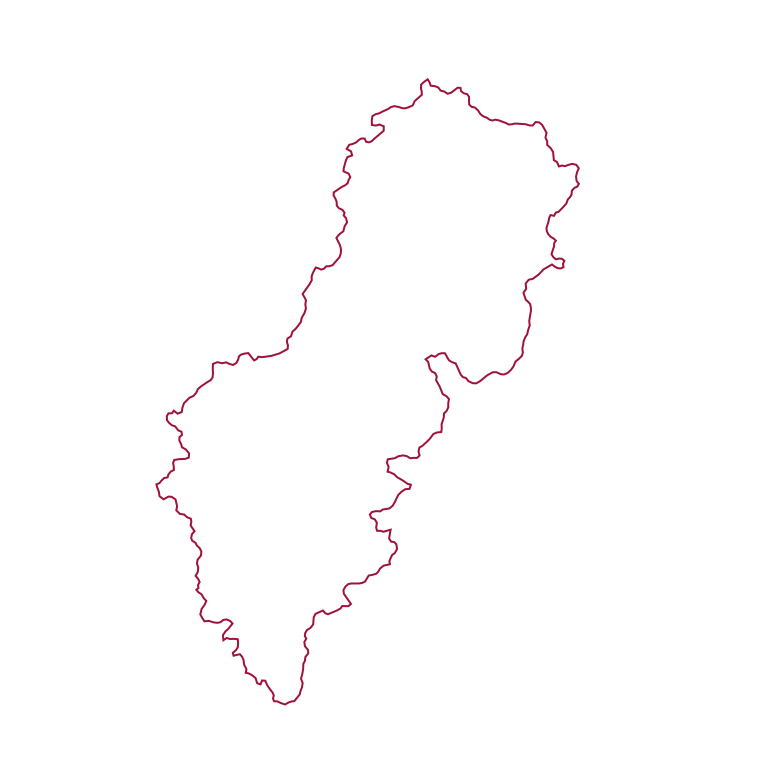 outline of Itambacuri, Minas Gerais, Brazil, rotated 344°
{"feature_id": "56859067B80184588118142", "entity_name": "Itambacuri", "entity_type": "district", "adm_level": 2, "iso_a3": "BRA", "parent_name": "Brazil", "parent_adm1": "Minas Gerais", "projection": "orthographic", "projection_center": [-41.849, -18.177], "detail": "fine", "context": "isolated", "style": "outline", "palette": "rose", "viewbox_px": 768, "rotation_deg": 344, "n_neighbors": 0, "source": "geoboundaries", "source_scale": "gbopen_adm2", "svg_char_len": 6166}
<svg xmlns="http://www.w3.org/2000/svg" viewBox="0 0 768 768"><g transform="rotate(344 384 384)"><path d="M159.1,466.7L161.3,473.3L158.1,475.3L156.2,478.8L156.4,481.7L159.0,484.7L159.6,487.7L161.5,490.8L162.3,494.5L160.8,498.4L156.3,501.6L154.7,505.1L154.9,509.3L153.1,513.5L150.0,516.5L151.6,520.1L152.2,523.5L149.8,526.0L149.4,529.0L146.9,530.1L148.3,533.2L150.7,535.9L151.7,540.3L153.4,543.6L150.7,546.8L146.7,549.9L143.9,554.9L144.9,559.0L145.9,562.6L150.3,563.4L154.5,566.2L158.2,567.7L161.2,567.9L164.5,566.5L167.8,566.9L170.9,569.5L172.4,572.5L166.6,576.6L163.7,577.9L160.0,581.0L159.0,586.0L162.7,584.8L165.8,586.7L169.5,587.6L173.1,589.0L172.3,593.2L170.9,596.7L168.5,599.0L164.6,600.7L164.5,603.7L171.0,604.0L172.4,607.0L172.9,610.4L172.2,615.4L173.2,620.1L171.5,623.5L174.0,624.8L176.8,627.4L179.5,631.2L179.6,636.7L182.5,638.7L185.0,635.4L188.1,636.5L188.7,641.2L190.2,645.9L191.9,650.1L192.2,653.1L190.6,655.8L190.9,658.7L193.9,659.6L196.7,662.1L200.5,664.8L204.6,663.8L207.7,663.7L210.4,664.1L217.5,659.1L219.0,656.3L221.7,652.7L223.4,649.0L223.0,644.4L225.6,640.1L227.9,635.2L229.3,630.8L231.7,628.3L233.2,624.7L236.9,622.1L237.7,618.8L235.7,614.3L236.3,610.1L239.1,607.4L238.4,604.6L239.7,601.5L242.2,599.3L246.2,598.1L249.6,595.6L252.2,588.8L254.8,586.1L262.9,584.9L264.4,588.2L266.7,589.9L276.6,588.7L280.3,587.8L282.7,585.9L288.5,587.8L291.6,586.3L287.6,574.6L288.2,570.9L291.4,567.9L294.5,566.5L297.4,566.7L304.7,568.8L307.9,569.2L311.2,568.8L316.5,563.9L320.6,564.3L324.4,564.2L326.9,562.7L329.3,560.3L333.4,558.5L340.0,558.9L340.3,556.0L342.4,553.2L344.7,550.6L347.8,549.5L351.1,546.2L351.7,541.4L350.2,538.7L347.5,537.6L346.3,533.9L350.2,525.9L342.8,525.9L340.4,524.3L336.9,523.2L336.9,519.9L338.9,515.4L337.8,511.5L334.9,509.3L334.4,505.5L337.3,503.7L341.3,504.0L345.3,505.4L348.0,504.3L355.0,505.1L358.8,503.4L361.9,500.4L367.1,494.6L371.3,492.3L375.4,491.0L379.7,491.8L382.1,488.2L379.3,486.6L375.3,481.7L370.9,477.2L369.0,473.7L366.1,471.0L363.3,469.3L365.6,465.0L365.1,460.5L366.9,457.4L373.8,458.3L378.0,457.4L382.7,457.9L386.0,459.6L388.9,462.7L392.3,463.2L395.2,464.2L398.5,462.6L398.6,458.3L400.5,454.9L403.9,454.0L409.4,451.3L412.6,449.5L417.8,445.6L421.8,445.2L425.8,446.0L427.2,442.8L428.3,438.5L432.1,432.9L433.6,428.8L436.5,427.3L439.3,424.3L440.4,420.3L442.3,416.3L440.6,412.9L437.7,409.9L436.8,401.6L435.1,394.6L436.8,391.3L436.2,387.6L433.5,385.3L432.2,381.7L432.6,375.0L430.8,371.7L437.4,369.6L440.6,371.9L444.8,370.3L448.2,370.3L451.1,371.3L452.9,379.0L455.2,381.6L458.6,384.0L460.4,396.4L461.9,399.3L464.4,400.7L465.9,404.5L469.5,407.7L473.0,408.8L477.5,407.6L485.6,404.1L491.5,402.7L495.2,403.6L499.0,406.8L501.9,407.9L505.8,407.5L509.6,405.6L512.9,403.2L516.8,398.5L520.8,396.9L524.5,394.8L526.2,391.8L526.8,387.9L528.7,384.5L529.9,381.5L532.3,378.4L535.5,375.5L537.4,371.9L540.2,367.9L541.0,363.4L545.6,353.7L546.3,350.6L546.5,347.4L545.1,344.5L543.5,342.0L543.2,334.7L546.9,331.7L547.9,326.4L551.8,323.7L556.1,323.9L563.1,321.3L568.9,317.8L578.4,315.4L580.8,318.6L583.0,320.6L586.0,321.7L588.8,321.1L589.1,318.0L591.3,315.3L589.7,312.8L587.1,311.7L583.6,311.5L581.8,308.9L580.8,305.3L585.5,298.4L586.4,295.5L588.7,293.6L587.3,291.1L584.7,288.4L583.2,285.2L582.6,282.0L583.2,278.7L587.1,272.9L588.4,270.1L590.6,267.5L593.8,269.2L596.4,266.6L599.3,266.6L605.4,263.1L609.1,260.7L611.5,257.3L614.1,255.8L616.3,253.9L618.0,249.8L621.3,247.9L624.1,247.6L626.5,245.3L625.1,242.0L625.8,237.5L627.9,233.7L630.7,230.3L629.3,226.4L625.8,224.3L621.7,224.2L618.1,224.5L615.2,223.0L612.1,223.1L611.5,218.4L609.0,215.6L610.5,207.5L609.2,203.2L606.8,199.1L607.8,195.7L607.1,191.7L609.5,187.3L607.4,178.4L605.4,175.4L601.9,174.0L598.2,176.5L595.4,175.7L591.7,173.3L584.0,170.5L581.4,169.7L578.6,169.6L575.3,168.9L573.1,166.7L567.3,162.4L563.9,160.6L560.8,160.6L558.4,159.1L556.3,156.4L553.2,154.1L551.1,151.2L549.8,146.9L547.6,143.3L544.6,141.7L542.9,138.8L544.9,131.3L543.7,128.2L541.0,126.7L538.8,123.7L539.1,120.4L536.4,119.5L528.8,122.5L525.1,122.5L522.6,119.5L519.3,117.6L517.9,113.9L515.1,111.8L511.1,110.1L511.0,106.7L510.0,103.2L505.9,104.6L502.3,106.3L501.1,109.6L500.9,112.9L500.1,116.4L491.3,120.6L488.5,124.1L483.6,124.8L480.0,124.8L477.5,123.8L474.7,121.9L470.7,119.8L467.1,119.7L463.7,120.8L457.1,121.8L453.8,122.5L450.6,122.3L446.7,123.3L444.9,127.3L443.8,131.7L447.6,133.4L451.1,133.3L454.8,136.2L453.5,140.5L442.8,145.3L439.4,147.1L436.3,147.6L433.6,146.3L433.0,142.7L429.9,141.8L426.6,142.6L423.9,144.1L419.9,144.6L416.5,144.5L412.9,147.7L416.4,151.3L416.4,155.5L411.4,155.8L408.9,158.7L404.8,165.5L403.7,168.4L408.0,172.0L408.6,175.9L406.4,177.9L404.4,181.0L401.3,182.3L397.8,182.9L388.5,186.0L387.5,189.0L388.4,192.4L388.7,195.9L387.8,199.5L389.1,202.6L392.0,205.1L393.3,208.5L391.7,210.8L393.3,214.2L393.0,218.5L389.7,221.4L387.0,226.0L383.4,227.3L380.8,228.7L378.5,230.5L380.0,238.7L379.8,242.6L378.5,246.5L376.2,249.8L367.3,255.6L363.7,255.7L361.0,254.9L357.9,256.7L355.1,256.7L353.0,254.8L350.5,253.2L346.1,257.8L344.1,260.6L343.2,264.3L339.8,267.7L330.6,275.0L332.1,282.0L330.4,285.6L329.7,290.0L327.1,293.9L323.2,297.7L321.0,301.7L314.6,306.4L310.5,308.4L307.7,312.5L303.7,313.7L302.3,316.6L302.3,320.5L301.0,323.8L291.9,325.8L283.2,325.9L274.1,324.6L270.7,323.1L268.3,325.0L265.6,325.5L262.1,316.9L258.1,316.3L254.8,316.3L252.2,317.4L250.6,320.3L248.0,323.0L244.1,324.1L240.7,321.9L238.3,319.7L234.1,319.4L229.8,317.1L225.1,317.6L223.6,322.1L222.5,326.8L221.0,330.4L218.5,332.5L214.6,333.5L207.1,336.0L203.7,337.6L201.0,340.8L197.5,343.0L193.4,343.5L186.5,347.3L183.8,351.0L181.9,355.2L177.4,355.6L174.6,351.7L172.1,353.7L168.7,352.8L166.4,355.0L165.4,358.9L166.7,362.1L168.6,365.1L171.5,367.1L173.4,371.8L176.2,374.1L175.8,377.3L172.7,378.7L171.7,381.8L172.4,386.0L172.4,389.2L175.4,392.2L177.5,396.9L176.1,400.9L172.4,401.2L165.9,399.7L161.4,399.2L159.5,401.7L159.2,405.0L158.3,408.8L154.9,409.4L152.0,411.4L150.2,414.1L146.7,413.8L143.2,415.7L140.9,417.4L137.6,417.7L137.5,421.3L137.9,425.2L137.3,430.0L140.4,434.1L145.7,432.8L148.8,433.9L151.8,437.5L151.4,444.6L149.5,448.2L152.1,452.7L155.8,454.3L157.9,457.7L161.2,460.3L160.8,463.5L159.1,466.7Z" fill="none" stroke="#9f1239" stroke-width="2"/></g></svg>